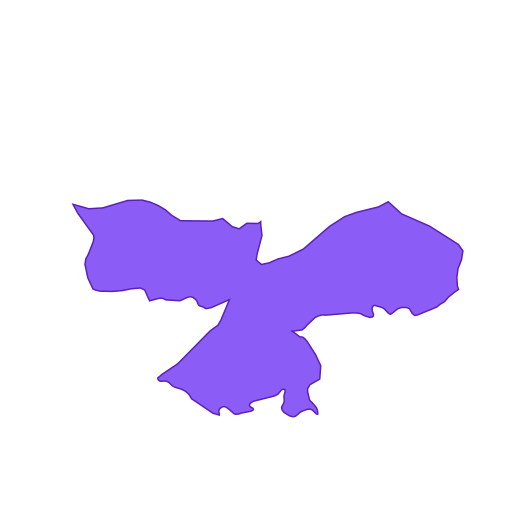 outline of An Nabatiyah, rotated 227°
{"feature_id": "LBN-3059", "entity_name": "An Nabatiyah", "entity_type": "Province", "adm_level": 1, "iso_a3": "LBN", "parent_name": "Lebanon", "parent_adm1": "", "projection": "orthographic", "projection_center": [35.465, 33.278], "detail": "fine", "context": "isolated", "style": "filled", "palette": "violet", "viewbox_px": 512, "rotation_deg": 227, "n_neighbors": 0, "source": "natural_earth", "source_scale": "10m", "svg_char_len": 2882}
<svg xmlns="http://www.w3.org/2000/svg" viewBox="0 0 512 512"><g transform="rotate(227 256 256)"><path d="M274.3,279.8L266.9,274.3L256.3,257.6L252.9,253.4L246.1,254.2L242.1,260.8L238.7,270.4L233.4,279.9L228.8,295.4L227.5,329.9L224.3,347.7L219.3,359.4L208.4,379.0L205.5,389.7L187.5,391.2L159.5,403.3L126.3,411.9L118.6,410.8L113.1,403.7L109.1,395.3L103.3,388.2L96.8,382.9L93.4,381.3L94.2,376.3L94.7,368.3L94.4,366.5L94.1,362.8L94.3,361.2L95.1,357.9L95.3,354.7L95.5,353.1L102.7,334.0L104.3,331.5L107.5,331.1L112.0,332.1L113.4,332.1L114.6,331.6L115.6,330.9L118.3,328.3L119.8,326.0L120.8,323.3L121.3,316.2L121.8,314.4L124.3,313.8L129.7,313.8L131.4,313.4L133.2,312.6L138.9,309.1L139.7,308.0L138.9,305.5L137.6,304.4L136.1,303.4L134.6,302.8L133.1,302.0L132.0,300.8L132.2,299.2L133.3,297.5L136.6,295.5L138.9,294.4L142.7,293.1L145.5,290.9L148.8,287.5L165.0,266.9L167.7,264.3L169.6,260.8L170.7,257.2L170.6,245.8L170.2,243.0L170.6,239.1L176.3,231.2L167.2,232.9L164.6,234.9L162.2,235.3L158.4,235.1L143.0,232.2L131.6,228.5L122.5,218.7L125.1,207.7L123.7,203.2L122.2,201.8L120.7,200.7L114.4,197.1L112.9,196.8L111.3,197.1L104.8,196.8L103.2,196.5L101.6,195.8L100.0,194.9L98.8,193.9L98.2,193.2L99.4,192.4L104.9,192.2L107.1,191.2L108.8,189.1L110.7,184.8L111.5,182.3L111.7,180.3L111.6,179.4L111.8,176.4L112.2,174.8L113.7,173.0L116.5,171.4L122.5,169.8L125.5,170.1L127.5,171.1L128.4,172.7L129.5,175.8L130.2,177.2L131.5,178.5L134.2,180.6L135.2,181.8L135.9,183.1L137.2,185.1L138.5,185.9L139.7,185.5L140.7,183.7L140.0,177.7L140.9,174.3L151.5,155.1L151.9,153.5L152.1,151.8L152.0,150.3L151.1,149.2L149.8,149.0L146.7,149.9L145.6,149.5L145.3,148.4L146.1,146.2L150.9,138.5L152.2,135.7L153.7,133.6L155.3,132.4L161.9,131.8L165.6,131.1L167.2,130.3L168.5,128.9L169.1,125.5L168.4,123.6L167.1,122.3L165.6,121.6L164.7,120.7L170.3,117.3L195.6,111.5L200.0,112.5L203.8,112.4L205.6,112.0L208.9,110.9L215.4,107.2L217.0,106.6L218.9,106.2L222.2,106.1L223.8,105.8L225.4,105.2L226.8,104.0L227.9,102.7L229.2,101.0L229.3,100.8L230.8,100.1L232.1,100.1L233.2,100.5L233.6,100.8L233.8,101.0L233.5,107.0L230.7,124.3L230.6,126.2L232.5,171.6L231.3,181.0L233.1,186.7L242.2,206.9L248.7,188.2L251.6,183.5L254.1,182.8L255.3,182.3L257.3,181.1L258.3,180.7L259.6,180.6L260.9,181.0L262.0,181.5L263.4,182.0L265.2,182.2L268.6,181.7L270.5,180.6L271.9,178.8L272.6,177.4L275.1,169.9L285.2,160.3L288.6,158.9L290.9,156.7L295.8,147.6L307.0,151.4L311.5,149.6L317.2,142.2L322.1,134.3L328.3,126.5L336.3,118.3L340.3,115.5L343.2,114.3L354.7,118.1L366.5,125.2L369.9,129.5L371.6,134.5L377.4,146.7L379.8,149.8L381.9,151.4L408.7,154.8L418.3,157.3L418.6,157.4L404.6,165.9L395.7,176.7L384.1,200.1L374.6,210.8L367.7,215.3L359.6,218.9L351.2,221.3L343.5,222.0L333.2,224.9L311.0,248.3L306.1,257.2L293.8,258.6L287.4,262.2L286.2,271.6L278.3,279.8L277.9,282.6L277.9,282.8L274.5,279.9L274.4,279.8L274.3,279.8Z" fill="#8b5cf6" stroke="#5b21b6" stroke-width="1.5"/></g></svg>